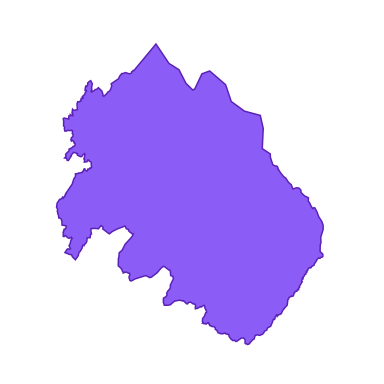 the district of Nenagh Lea-5, North Tipperary, Ireland, rotated 103°
{"feature_id": "5873133B70886709487680", "entity_name": "Nenagh Lea-5", "entity_type": "district", "adm_level": 2, "iso_a3": "IRL", "parent_name": "Ireland", "parent_adm1": "North Tipperary", "projection": "natural_earth1", "projection_center": [-8.077, 52.997], "detail": "fine", "context": "isolated", "style": "filled", "palette": "violet", "viewbox_px": 384, "rotation_deg": 103, "n_neighbors": 0, "source": "geoboundaries", "source_scale": "gbopen_adm2", "svg_char_len": 6036}
<svg xmlns="http://www.w3.org/2000/svg" viewBox="0 0 384 384"><g transform="rotate(103 192 192)"><path d="M275.9,300.8L279.6,302.2L280.4,297.4L280.2,295.2L281.9,294.1L284.3,290.4L279.6,288.5L276.2,288.5L275.1,287.6L271.4,286.5L268.6,286.5L268.5,285.1L267.6,285.1L266.0,284.0L264.0,283.4L260.3,283.8L259.4,281.0L256.2,281.3L255.5,280.5L252.6,281.8L250.3,282.1L249.2,277.9L248.9,274.9L245.2,273.0L246.2,270.8L248.1,270.6L251.4,263.2L248.3,260.6L245.2,257.0L240.2,249.6L242.6,247.7L242.8,245.4L244.0,245.1L245.2,243.2L245.5,242.1L246.2,241.1L246.0,239.8L248.0,240.1L250.3,241.1L257.9,245.4L264.5,247.0L267.6,249.3L271.6,248.6L273.1,248.8L280.0,247.4L280.6,247.2L282.0,244.5L283.7,242.6L285.2,241.8L285.4,240.8L286.3,240.8L284.8,238.0L285.5,235.3L285.2,234.5L286.9,233.8L287.7,234.2L289.4,234.2L292.2,232.6L292.4,232.0L292.2,230.9L289.4,227.8L283.9,218.4L284.5,215.0L285.0,214.4L284.2,212.5L278.7,207.9L273.1,205.0L270.7,202.9L270.9,202.1L273.3,196.7L273.1,196.1L274.3,195.2L277.9,194.1L278.3,193.7L278.4,191.8L280.8,190.6L287.6,192.2L289.8,191.6L291.4,191.9L293.8,193.2L296.3,193.9L298.3,193.1L300.2,194.1L301.5,195.7L302.3,195.9L305.9,195.1L308.6,193.5L307.8,190.2L306.8,187.8L302.0,184.3L302.1,184.0L300.3,180.1L300.2,176.2L299.8,175.9L302.1,172.3L302.1,171.4L301.8,171.0L300.6,170.8L299.7,168.7L299.9,167.6L300.7,166.4L300.5,165.8L300.8,164.8L300.6,163.8L302.3,162.8L303.6,162.9L305.0,162.4L304.3,161.8L304.4,160.8L301.9,158.0L302.1,157.5L301.7,157.3L301.6,156.6L300.7,156.2L299.7,154.7L300.5,153.9L302.7,153.0L303.2,152.3L305.5,150.8L306.1,150.8L306.6,151.5L310.1,151.9L312.9,153.2L315.7,152.8L316.4,152.1L317.4,152.3L317.1,151.3L317.7,150.7L317.1,149.3L317.6,148.6L315.8,147.2L315.6,146.6L316.6,146.2L316.6,145.6L318.1,144.7L318.0,144.2L318.6,142.7L318.3,140.5L318.9,138.9L320.5,138.5L321.2,136.7L322.5,135.7L322.7,135.0L323.4,134.8L323.3,134.0L323.7,132.4L323.2,131.3L323.5,130.7L322.0,128.0L322.7,127.0L322.4,126.3L322.7,125.3L322.5,124.3L324.6,123.2L326.7,120.8L327.6,118.7L326.9,117.1L327.8,115.6L327.2,114.6L323.2,111.0L322.6,108.8L324.3,106.9L327.4,106.3L327.9,105.5L327.6,104.8L328.1,103.7L327.3,102.2L322.4,99.7L321.5,98.5L317.5,98.1L316.4,96.0L316.6,94.5L316.4,93.6L314.7,91.4L313.6,90.6L311.2,89.9L309.8,88.1L307.5,87.9L305.2,85.2L300.5,84.3L298.9,84.4L297.7,83.9L297.9,83.3L297.0,82.7L295.3,82.9L294.7,82.2L292.7,82.1L292.7,81.0L293.4,80.7L292.2,80.2L291.6,78.8L290.5,77.7L286.5,76.8L280.8,73.8L275.0,74.4L274.5,73.8L273.1,73.8L271.5,72.3L271.5,71.7L270.9,71.3L271.0,70.7L270.3,69.8L267.8,69.9L267.3,69.3L266.3,69.4L265.3,68.4L265.2,67.6L264.5,67.7L263.7,66.8L263.1,66.9L263.0,66.2L262.3,66.5L260.5,65.7L260.1,66.2L254.5,64.4L254.1,65.2L252.0,65.0L251.6,64.2L250.8,64.4L250.5,65.0L248.5,63.7L246.9,63.6L246.4,62.6L244.3,62.7L244.1,62.0L243.0,62.3L242.5,61.7L240.3,61.4L239.4,60.5L239.5,59.8L238.9,59.6L238.8,58.9L237.5,58.5L235.9,56.6L234.7,56.7L230.7,55.1L229.9,55.2L227.6,53.6L227.9,52.4L226.9,52.0L225.9,50.2L225.0,50.0L223.1,50.6L221.2,53.8L214.9,55.1L212.0,55.0L207.0,56.4L199.0,55.8L194.8,56.8L191.4,59.0L187.5,63.0L183.5,65.6L179.9,68.6L179.8,69.7L180.9,70.2L181.0,70.7L178.8,72.9L176.3,74.8L174.6,76.7L171.4,77.3L170.5,81.4L168.7,84.5L168.0,85.5L165.4,86.6L164.1,88.8L164.4,91.2L166.4,94.4L162.6,96.9L160.9,100.1L157.4,103.7L156.2,106.4L153.3,110.1L150.6,112.8L150.1,113.8L149.4,113.5L148.0,114.5L147.6,115.6L148.0,117.0L147.1,119.5L140.6,123.4L137.3,124.3L133.9,133.3L114.0,136.9L102.0,142.7L101.4,159.1L95.0,174.1L79.9,183.4L70.1,202.0L74.6,208.9L91.1,212.5L92.4,214.3L87.4,222.4L75.8,232.2L71.9,243.4L55.9,260.4L86.5,275.8L87.1,276.3L86.9,276.6L88.6,277.9L89.8,277.8L90.6,278.7L90.9,280.2L90.6,283.8L91.8,285.4L92.4,287.1L95.5,288.6L98.1,289.0L104.7,295.1L106.9,294.0L110.8,294.5L112.5,295.2L113.4,296.4L115.5,297.3L118.4,299.3L118.5,300.0L118.2,300.4L116.7,300.8L113.8,302.6L111.4,306.7L113.3,307.9L114.0,309.4L115.6,310.4L116.3,311.6L116.7,311.6L117.2,312.2L116.9,312.9L115.7,312.9L115.5,312.5L112.6,313.3L108.9,313.5L106.3,315.7L107.6,317.2L109.2,318.1L111.0,317.8L112.5,318.2L113.0,318.5L112.6,319.2L113.0,319.4L116.8,319.2L116.6,318.4L117.2,317.5L118.5,318.3L121.0,318.5L123.7,320.3L124.6,319.2L124.9,319.3L125.6,319.5L125.4,320.8L125.6,321.0L127.3,321.0L127.5,320.6L128.7,321.0L128.9,321.8L129.6,322.2L129.7,323.7L132.0,323.9L137.5,322.2L139.1,325.6L138.2,327.0L141.8,326.7L142.3,326.5L142.0,326.1L142.3,325.9L144.4,325.2L144.6,326.0L144.0,328.0L144.5,327.8L145.5,328.2L145.6,329.1L148.6,328.6L148.7,333.3L149.6,334.0L151.8,333.0L156.5,332.0L157.4,330.7L159.1,330.6L161.2,329.7L161.0,328.3L159.7,326.6L159.8,325.4L159.4,323.7L158.9,323.4L159.3,322.1L162.1,321.8L162.8,320.8L164.2,320.5L166.7,321.8L167.4,321.5L168.3,321.8L169.5,321.0L168.8,320.3L169.1,320.1L168.9,318.9L170.9,317.8L170.8,317.0L172.4,316.5L174.1,317.1L174.2,318.0L176.1,319.0L176.3,319.7L177.0,319.9L177.7,321.4L179.6,321.1L183.1,323.4L184.1,323.6L185.7,322.7L187.5,323.8L187.4,321.7L189.2,320.8L189.1,319.5L184.0,317.7L183.4,318.0L180.0,316.3L180.3,312.2L181.5,312.3L181.9,311.8L182.7,308.7L182.1,307.3L180.6,306.9L178.8,305.3L180.4,304.6L184.1,304.8L184.2,304.0L187.1,303.7L186.2,301.2L184.3,300.6L184.2,299.5L185.0,299.2L185.4,297.6L186.1,296.7L188.3,296.3L190.2,295.4L191.3,295.8L191.7,296.2L191.4,296.7L193.2,297.8L193.0,298.5L195.1,298.9L194.8,301.2L193.7,301.4L193.6,302.2L197.5,303.2L197.4,303.5L198.9,305.7L198.8,306.6L199.6,307.2L200.5,309.7L202.0,309.2L203.8,309.2L205.7,310.1L211.3,310.5L221.8,314.6L222.1,314.3L222.6,314.8L225.6,315.2L226.0,316.0L226.6,316.1L226.2,316.4L226.5,316.7L226.2,316.9L228.0,317.8L228.9,318.8L228.9,319.3L233.1,320.9L237.3,320.6L239.0,319.1L241.3,318.9L241.9,318.3L243.0,318.1L244.3,317.1L247.1,316.0L246.8,315.7L247.8,313.4L249.7,312.2L253.5,311.2L253.3,306.9L255.0,306.7L257.0,307.3L256.9,308.1L258.3,308.4L259.0,308.1L260.2,308.6L260.8,308.1L264.1,307.6L264.3,306.7L262.8,305.6L264.3,303.3L264.6,302.2L264.7,301.3L263.9,299.7L263.3,299.5L264.2,298.3L266.0,299.1L269.8,299.1L272.0,299.7L274.7,297.6L275.4,298.6L275.3,300.2L275.9,300.8Z" fill="#8b5cf6" stroke="#5b21b6" stroke-width="1.5"/></g></svg>